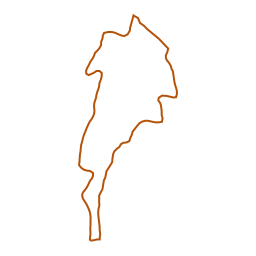 IV-2 Buxton/Mahaica, Demerara-Mahaica, Guyana (orthographic projection)
{"feature_id": "73187651B35939089598366", "entity_name": "IV-2 Buxton/Mahaica", "entity_type": "district", "adm_level": 2, "iso_a3": "GUY", "parent_name": "Guyana", "parent_adm1": "Demerara-Mahaica", "projection": "orthographic", "projection_center": [-58.08, 6.451], "detail": "fine", "context": "isolated", "style": "outline", "palette": "amber", "viewbox_px": 256, "rotation_deg": 0, "n_neighbors": 0, "source": "geoboundaries", "source_scale": "gbopen_adm2", "svg_char_len": 2062}
<svg xmlns="http://www.w3.org/2000/svg" viewBox="0 0 256 256"><path d="M99.7,239.4L99.8,236.7L100.2,233.9L99.7,230.2L99.6,226.5L99.2,222.9L98.7,218.8L98.3,215.3L98.2,211.8L98.6,208.5L99.4,205.4L99.1,202.2L99.2,198.9L99.1,195.8L100.8,192.2L102.4,189.4L102.9,186.5L103.3,183.8L103.9,180.3L105.2,177.8L105.9,174.3L106.4,171.3L108.8,167.7L110.6,164.8L112.2,162.1L112.5,158.0L113.2,154.0L114.3,151.4L116.8,148.8L119.4,146.9L120.9,144.2L123.2,142.8L126.3,142.5L129.3,141.1L130.4,137.7L131.8,134.8L132.6,131.7L134.7,129.0L137.4,125.6L139.3,123.3L141.9,121.7L145.4,120.7L148.7,120.9L152.5,121.8L155.9,122.4L159.0,122.3L161.9,121.8L162.6,118.4L161.7,115.0L161.7,111.7L161.4,108.5L161.0,105.8L160.3,103.2L158.3,100.5L158.7,97.8L162.1,95.6L166.5,95.9L170.5,96.8L173.2,97.5L176.0,97.2L177.0,93.8L176.8,90.6L176.1,88.0L175.1,84.9L174.4,81.7L173.9,78.3L173.4,74.6L172.9,71.4L171.6,68.9L170.8,66.0L169.0,62.8L167.0,60.4L165.9,58.0L165.9,55.2L167.3,52.2L168.2,48.5L167.8,48.1L158.7,38.6L147.3,29.2L143.8,25.6L140.0,23.0L138.0,18.0L134.0,15.8L133.5,15.4L130.1,27.9L129.8,30.7L127.5,34.5L124.2,36.0L121.4,35.5L118.5,34.3L115.1,32.8L112.0,32.0L108.3,32.0L104.1,32.9L102.9,35.5L102.5,38.4L101.1,42.2L101.1,45.1L99.2,48.5L97.3,50.7L95.0,52.9L93.8,56.4L92.0,59.4L90.2,62.0L88.9,65.0L87.5,67.4L86.1,70.6L86.3,73.7L88.6,75.1L91.1,74.0L93.7,72.9L96.5,71.0L99.5,71.0L101.8,73.1L101.6,76.8L100.7,79.9L99.4,83.3L99.0,87.3L97.5,91.2L96.4,95.1L96.0,97.9L94.8,101.3L94.1,104.1L94.1,107.8L94.5,110.4L94.2,113.5L93.1,116.4L91.5,119.3L89.8,121.5L88.3,124.5L86.8,127.8L85.3,131.6L84.0,134.7L82.9,138.4L82.1,141.7L81.2,144.7L80.8,148.0L80.5,151.5L79.9,155.2L79.7,158.1L79.5,161.5L79.0,165.1L81.2,167.8L84.1,169.8L87.0,170.6L90.1,171.0L93.0,173.0L93.0,175.8L92.0,178.3L90.0,180.9L88.7,183.7L87.0,187.1L84.8,190.2L82.9,192.5L82.1,195.3L82.8,198.4L84.8,201.6L86.4,204.0L87.6,206.5L88.8,209.2L90.1,212.9L90.6,217.2L90.5,221.4L90.5,225.0L90.3,228.6L90.4,231.3L90.5,234.2L90.1,236.9L90.0,238.7L89.9,239.7L91.2,240.6L93.8,240.2L96.6,239.5L99.7,239.4Z" fill="none" stroke="#b45309" stroke-width="2"/></svg>